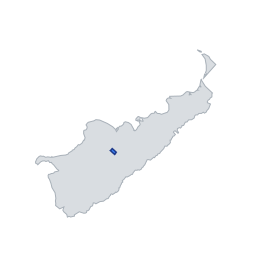 Conhelo, La Pampa, Argentina (highlighted), rotated 221°
{"feature_id": "61730980B19911830788880", "entity_name": "Conhelo", "entity_type": "district", "adm_level": 2, "iso_a3": "ARG", "parent_name": "Argentina", "parent_adm1": "La Pampa", "projection": "mercator", "projection_center": [-64.66, -36.033], "detail": "fine", "context": "in_parent", "style": "filled", "palette": "blue", "viewbox_px": 256, "rotation_deg": 221, "n_neighbors": 0, "source": "geoboundaries", "source_scale": "gbopen_adm2", "svg_char_len": 3991}
<svg xmlns="http://www.w3.org/2000/svg" viewBox="0 0 256 256"><g transform="rotate(221 128 128)"><path d="M157.4,66.6L156.1,68.9L156.4,70.4L155.2,74.0L155.5,74.7L154.5,76.5L154.9,78.4L154.4,80.2L154.6,82.5L154.2,83.2L153.4,83.4L152.8,86.6L153.5,89.7L152.9,90.3L154.1,92.6L157.7,94.6L159.5,96.7L159.6,97.5L158.6,98.8L158.5,99.9L159.0,101.4L160.0,102.3L161.7,102.8L161.9,104.9L161.7,106.3L158.4,111.1L157.7,113.2L154.6,115.4L146.5,117.9L140.3,118.9L136.7,118.7L134.3,117.7L134.5,120.5L135.7,121.3L135.0,121.3L135.5,121.9L135.3,124.2L134.5,124.6L134.0,126.5L134.0,128.2L134.7,129.6L134.0,131.0L131.2,132.4L128.0,132.7L122.0,130.5L122.2,130.1L121.9,130.0L120.9,130.4L120.5,132.4L121.2,135.4L121.0,138.0L121.3,138.9L123.5,139.9L123.4,141.0L124.1,141.1L125.7,140.8L125.9,140.0L125.0,139.7L127.2,139.0L128.0,140.1L128.0,142.8L127.7,143.5L126.0,144.0L125.5,143.9L124.6,142.0L123.8,141.6L121.4,142.6L121.1,143.2L124.6,144.6L122.1,146.1L120.0,148.7L120.0,153.5L119.5,154.8L118.1,156.1L117.9,157.0L118.4,157.6L118.2,158.5L115.5,158.2L113.5,159.7L111.8,160.2L108.6,165.7L109.0,168.5L112.6,172.5L117.1,173.6L117.7,174.9L117.5,176.6L116.9,177.5L115.3,178.4L116.7,178.4L117.3,179.3L109.2,186.7L108.2,188.9L107.7,193.5L107.0,194.5L105.4,195.4L104.2,194.4L103.4,192.7L103.4,194.1L101.8,194.6L103.7,194.7L104.6,195.8L102.0,197.5L101.3,199.0L101.0,201.2L100.0,202.5L100.8,202.2L101.5,206.5L99.5,206.8L101.9,207.6L104.7,212.5L104.5,212.9L104.4,212.4L97.1,210.2L87.2,209.8L87.3,209.2L85.1,206.5L85.6,204.6L85.3,203.0L85.8,201.6L85.4,199.8L84.6,199.2L81.5,200.2L79.8,195.5L79.9,193.0L79.4,191.4L80.0,189.4L81.6,189.3L82.1,187.2L84.1,185.5L84.1,183.5L85.4,182.4L85.7,181.4L84.6,178.8L85.4,176.0L87.6,173.9L87.4,171.3L88.6,170.0L87.7,166.5L88.9,165.1L88.3,164.3L88.3,162.4L89.5,162.0L90.3,160.0L89.1,158.3L86.9,157.8L86.8,156.8L90.7,156.8L91.2,155.4L90.9,154.6L88.0,154.2L88.0,152.3L88.7,151.1L88.1,149.9L88.3,148.8L87.6,147.2L88.3,146.4L86.4,144.8L86.4,142.0L86.8,141.3L86.6,139.9L88.3,138.5L87.5,135.9L87.7,131.0L87.4,129.7L88.5,127.7L88.0,126.4L88.8,125.4L88.5,123.0L89.4,122.8L90.0,118.5L92.2,117.3L92.7,116.5L91.2,111.2L91.3,109.3L91.0,108.4L91.4,107.3L91.0,105.6L91.7,103.7L93.2,102.9L93.3,102.2L94.9,100.9L94.8,97.6L94.2,96.0L94.9,95.4L95.5,92.9L96.6,90.3L97.6,89.9L97.4,87.0L97.7,84.4L96.5,83.9L96.8,82.0L96.3,81.6L96.0,79.6L95.2,77.9L95.1,77.2L95.6,76.7L94.7,76.0L94.0,74.5L94.2,73.0L94.3,72.0L95.4,71.3L95.2,70.6L96.0,67.7L97.1,67.6L97.6,66.5L97.1,66.0L97.2,64.2L96.7,61.7L97.7,60.5L98.5,56.7L100.9,54.0L102.5,49.7L103.7,49.6L105.1,48.7L103.7,46.0L104.6,44.2L103.7,40.6L104.0,39.3L104.8,38.5L103.9,37.1L104.2,36.0L105.4,34.7L109.8,32.8L111.5,27.3L110.6,26.4L112.9,23.2L114.6,22.6L115.3,21.0L117.5,22.6L121.3,22.6L123.2,23.2L124.6,26.4L126.5,22.2L131.8,22.0L132.9,23.6L134.9,25.3L136.3,27.6L140.6,31.3L146.2,33.1L149.7,35.6L153.7,37.8L155.6,38.3L157.2,39.8L157.5,40.9L156.6,41.8L156.0,43.4L154.9,44.4L154.5,45.5L154.5,46.8L152.4,49.6L152.5,50.6L154.6,50.4L159.8,51.4L162.3,51.4L163.1,51.9L164.4,50.6L166.6,51.1L168.0,48.9L169.4,48.5L170.9,47.0L171.7,45.1L172.0,41.1L172.8,41.4L174.2,40.8L175.5,41.6L176.6,45.0L176.4,48.2L175.8,49.5L174.2,50.3L173.4,51.2L170.9,51.9L169.6,53.6L166.6,55.5L166.7,56.5L165.7,56.4L160.6,63.3L157.4,66.6ZM103.4,233.5L103.6,215.3L105.5,218.8L104.5,218.6L104.2,220.2L105.8,220.6L106.6,222.7L110.1,226.7L115.2,230.8L120.4,232.0L119.0,234.0L113.9,235.0L110.9,233.9L103.4,233.5ZM122.5,233.3L124.0,232.5L127.1,232.4L123.0,233.9L122.5,233.3ZM136.4,119.8L136.3,120.4L135.5,119.5L136.4,119.8Z" fill="#d9dde1" stroke="#a8b0b8" stroke-width="1"/><path d="M120.7,100.4L121.0,100.4L121.0,101.0L121.0,102.0L121.9,102.0L122.1,102.0L122.6,102.0L122.9,102.1L123.2,102.1L123.3,102.1L123.5,102.1L125.3,102.1L126.4,102.1L126.4,101.9L126.4,101.1L126.4,100.3L126.4,99.9L126.5,99.4L126.4,99.4L125.9,99.4L125.6,99.4L125.1,99.4L123.8,99.3L123.7,99.3L122.6,99.3L121.8,99.3L120.8,99.3L120.7,99.3L120.7,99.6L120.7,99.8L120.7,100.2L120.7,100.4Z" fill="#3b82f6" stroke="#1e3a8a" stroke-width="1.5"/></g></svg>